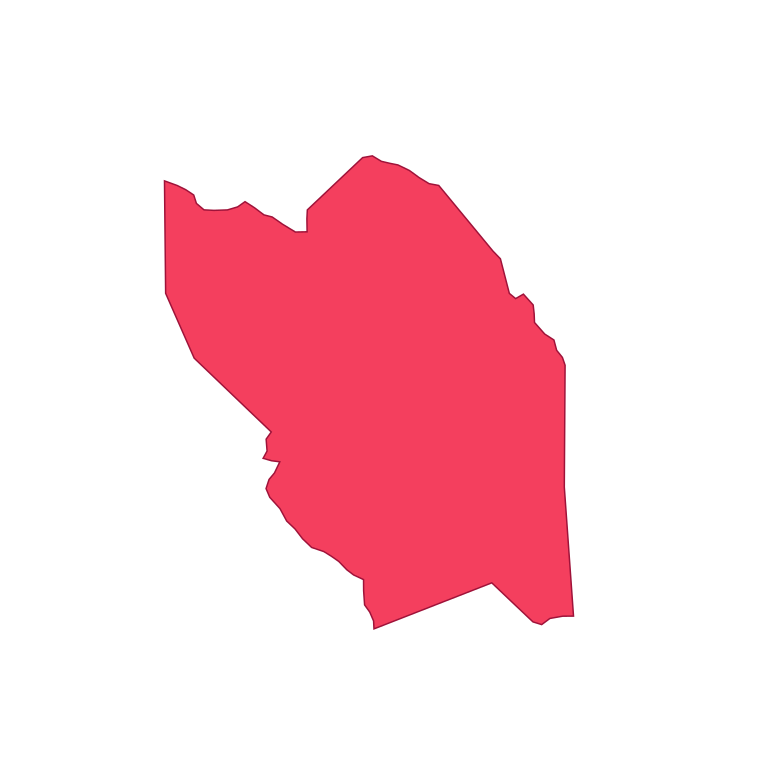 the district of Parari, Paraíba, Brazil, rotated 226°
{"feature_id": "56859067B42878136321644", "entity_name": "Parari", "entity_type": "district", "adm_level": 2, "iso_a3": "BRA", "parent_name": "Brazil", "parent_adm1": "Paraíba", "projection": "orthographic", "projection_center": [-36.658, -7.327], "detail": "fine", "context": "isolated", "style": "filled", "palette": "rose", "viewbox_px": 768, "rotation_deg": 226, "n_neighbors": 0, "source": "geoboundaries", "source_scale": "gbopen_adm2", "svg_char_len": 1093}
<svg xmlns="http://www.w3.org/2000/svg" viewBox="0 0 768 768"><g transform="rotate(226 384 384)"><path d="M682.6,367.2L600.9,289.9L534.4,265.4L427.8,269.6L426.2,260.9L417.0,253.3L414.5,245.4L406.9,249.8L400.4,255.0L396.1,243.4L395.2,235.0L390.7,226.5L381.8,223.1L366.6,222.6L353.0,218.8L341.5,219.3L329.2,217.9L316.7,218.4L305.3,224.3L296.6,226.5L287.8,228.2L276.2,228.2L267.7,229.5L257.5,233.4L249.4,225.7L238.6,216.6L229.8,215.3L220.8,211.9L214.8,206.7L166.1,323.4L138.3,324.6L109.4,325.9L101.4,330.3L100.1,340.5L92.8,351.3L85.4,359.1L184.6,442.1L271.7,527.3L279.2,530.8L288.3,531.6L297.6,536.8L308.3,534.3L323.7,535.0L330.1,540.7L337.2,546.2L351.8,546.7L354.0,538.0L362.1,537.1L393.2,554.7L403.9,554.7L488.8,561.3L496.8,555.6L508.3,552.6L519.9,550.6L531.9,546.2L538.7,541.5L546.0,536.8L556.2,534.1L561.7,525.9L562.5,449.8L556.5,443.4L546.9,434.4L554.9,425.8L569.5,422.0L581.8,419.6L589.1,415.1L600.6,413.3L611.7,410.7L613.1,401.7L618.0,392.3L627.0,382.3L634.3,375.5L644.2,374.5L652.1,378.4L661.3,376.4L670.3,373.2L682.6,367.2Z" fill="#f43f5e" stroke="#9f1239" stroke-width="1.5"/></g></svg>